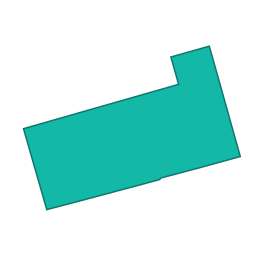 outline of Miami, Indiana, United States of America, rotated 255°
{"feature_id": "52423323B68202154434089", "entity_name": "Miami", "entity_type": "district", "adm_level": 2, "iso_a3": "USA", "parent_name": "United States of America", "parent_adm1": "Indiana", "projection": "robinson", "projection_center": [-86.062, 40.781], "detail": "fine", "context": "isolated", "style": "filled", "palette": "teal", "viewbox_px": 256, "rotation_deg": 255, "n_neighbors": 0, "source": "geoboundaries", "source_scale": "gbopen_adm2", "svg_char_len": 328}
<svg xmlns="http://www.w3.org/2000/svg" viewBox="0 0 256 256"><g transform="rotate(255 128 128)"><path d="M71.4,229.1L85.7,228.9L129.1,228.4L157.4,228.1L186.0,227.7L185.5,187.8L157.1,188.2L154.4,26.9L70.2,28.4L70.0,68.3L70.0,145.3L71.2,146.6L71.1,188.8L71.4,229.1Z" fill="#14b8a6" stroke="#0f766e" stroke-width="1.5"/></g></svg>